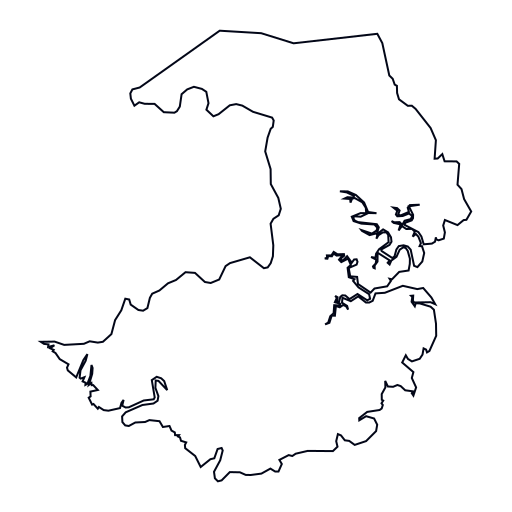 Alianza, Valle, Honduras
{"feature_id": "27666195B71822643652972", "entity_name": "Alianza", "entity_type": "district", "adm_level": 2, "iso_a3": "HND", "parent_name": "Honduras", "parent_adm1": "Valle", "projection": "albers", "projection_center": [-87.707, 13.447], "detail": "fine", "context": "isolated", "style": "outline", "palette": "ink", "viewbox_px": 512, "rotation_deg": 0, "n_neighbors": 0, "source": "geoboundaries", "source_scale": "gbopen_adm2", "svg_char_len": 6061}
<svg xmlns="http://www.w3.org/2000/svg" viewBox="0 0 512 512"><path d="M456.6,161.4L444.6,161.3L442.3,154.1L437.7,158.5L434.6,158.7L435.9,140.2L430.6,128.0L415.6,108.9L411.8,105.7L407.8,105.8L399.0,99.3L397.1,93.0L396.9,85.8L394.7,84.6L392.7,78.8L389.3,75.5L382.3,43.1L377.3,33.8L293.6,43.3L261.2,33.2L219.7,30.7L139.7,87.5L132.4,89.4L130.3,93.4L130.9,98.7L134.4,105.7L139.2,102.3L144.7,103.8L154.6,103.9L163.8,112.2L174.4,112.7L176.9,111.2L179.8,106.6L181.6,94.2L187.2,89.4L193.9,86.8L201.9,88.9L206.3,91.8L208.5,103.2L206.4,109.7L213.4,116.3L218.6,114.2L229.8,105.3L236.2,104.1L242.3,105.6L253.0,111.8L272.1,117.6L273.7,120.5L272.8,126.9L270.7,128.8L267.6,137.6L265.2,151.4L270.6,169.1L270.8,184.1L278.3,197.9L280.8,208.8L278.7,215.3L273.4,218.8L270.6,223.7L273.3,245.3L272.9,256.3L270.7,263.2L267.7,267.4L263.9,268.2L249.9,257.3L230.0,263.1L225.6,266.1L219.2,279.5L210.7,283.0L204.9,282.0L195.0,272.9L185.5,272.2L176.0,280.0L168.0,283.3L159.4,290.5L152.2,293.7L149.9,297.8L147.4,308.1L143.1,310.7L138.4,310.0L130.7,304.6L129.2,299.5L125.3,298.7L121.3,310.3L115.1,320.1L111.4,334.1L102.9,341.8L97.8,342.6L89.7,341.3L83.9,343.8L64.2,344.9L54.6,341.6L40.8,341.8L44.0,343.9L48.5,344.4L48.1,347.0L54.4,345.3L50.1,348.3L53.7,349.9L52.7,351.3L55.5,353.0L59.7,359.1L68.5,364.3L67.0,367.7L67.8,370.4L76.2,377.4L83.4,360.0L87.4,354.1L85.7,360.7L80.5,370.3L79.6,377.7L80.7,378.6L84.4,377.2L82.6,381.4L85.6,382.7L85.4,384.9L87.4,383.8L90.4,376.0L91.5,365.0L92.6,368.0L92.2,373.8L88.9,384.9L91.4,383.0L91.7,385.2L93.2,385.1L97.8,390.0L90.4,391.6L90.6,396.4L88.7,397.7L92.1,404.6L93.5,404.0L97.8,408.7L98.9,407.0L103.7,410.1L108.4,410.7L120.0,408.1L121.5,402.8L123.6,399.9L122.2,405.7L125.6,407.5L128.8,407.3L143.7,400.5L153.7,399.3L154.7,397.4L151.8,380.1L156.7,376.8L161.2,378.3L164.2,381.1L167.2,390.1L158.5,380.9L155.7,380.5L155.4,387.9L158.4,396.1L157.6,400.7L153.5,403.5L142.4,405.0L125.7,412.3L122.1,416.4L122.4,422.1L125.2,425.4L128.8,426.0L135.3,422.5L145.1,422.0L149.4,420.1L159.5,421.2L162.9,427.0L169.5,426.0L171.5,430.6L174.8,432.4L175.1,435.1L179.0,435.1L178.0,436.5L180.0,437.4L181.0,440.8L186.2,442.4L184.9,444.9L185.2,448.2L195.2,456.0L200.7,467.0L210.4,459.2L214.3,458.3L217.6,449.0L221.6,448.0L222.7,450.5L220.2,460.3L214.0,471.8L214.9,478.3L217.9,481.3L221.6,480.4L229.8,472.1L239.9,472.3L245.7,474.9L250.7,475.0L261.4,473.6L270.4,468.6L275.1,471.5L278.5,471.5L281.8,464.0L279.4,459.9L288.7,455.1L292.3,456.0L295.7,453.7L307.7,450.9L332.9,451.1L337.5,446.7L336.2,441.2L337.9,434.1L341.0,435.4L344.8,440.3L349.2,440.9L354.7,444.9L366.1,441.1L376.1,431.1L377.2,424.7L374.1,418.5L366.1,416.2L359.3,420.3L359.2,418.1L367.2,411.9L379.6,410.0L381.7,408.5L382.8,405.0L381.5,403.3L383.2,400.6L381.8,399.8L381.7,394.1L385.4,387.4L385.2,380.9L387.9,386.5L393.1,386.8L397.4,385.0L400.7,386.1L405.2,390.3L413.4,391.4L411.8,393.2L413.4,395.6L416.1,387.4L411.8,378.0L413.4,372.1L402.2,362.5L405.8,355.3L407.9,358.9L411.9,361.4L419.7,358.8L422.5,354.6L423.6,348.4L426.1,349.6L427.0,352.4L429.4,351.0L436.2,335.8L436.0,323.7L433.9,309.7L430.6,306.7L419.7,303.4L415.7,303.3L414.8,306.3L411.6,301.8L412.3,297.0L411.1,295.8L413.2,295.6L412.9,300.7L414.2,302.5L430.5,302.2L435.2,304.2L431.4,297.5L423.2,288.0L417.3,289.1L402.8,285.8L384.8,292.8L375.5,293.4L372.7,300.8L369.3,302.5L365.9,302.5L358.2,296.4L350.8,301.2L342.5,297.8L342.0,302.7L347.1,305.9L348.1,309.6L346.1,306.3L343.1,305.0L339.8,307.3L335.9,306.0L334.9,315.7L331.7,315.6L329.4,322.8L325.1,324.4L328.2,322.6L330.3,316.2L333.6,313.3L334.2,305.2L340.2,305.5L340.2,303.7L334.9,302.2L336.8,297.9L335.2,295.9L337.6,297.3L336.9,302.3L339.1,301.6L340.3,296.9L342.3,295.3L345.3,295.5L349.5,299.1L357.5,294.0L367.2,300.3L370.1,298.8L369.1,294.2L358.5,287.4L353.1,280.9L354.5,279.2L348.8,277.2L347.6,267.8L350.8,264.9L348.1,258.6L341.3,262.1L339.0,259.7L342.8,255.1L336.6,255.6L333.6,253.6L331.9,256.3L328.2,256.1L327.4,258.7L324.8,258.5L327.1,257.7L326.9,255.4L331.4,255.4L333.7,251.9L337.5,254.3L343.9,254.1L344.2,255.7L341.1,258.3L340.7,260.4L343.3,260.1L347.1,256.2L351.8,262.7L354.1,259.5L356.6,259.3L357.5,261.8L356.6,264.6L348.7,268.0L350.2,276.3L357.1,276.9L358.0,284.0L370.6,292.6L374.5,288.5L387.2,286.3L390.9,280.9L389.6,278.8L392.0,279.3L399.2,271.9L408.6,270.5L409.8,263.9L409.9,258.7L407.7,250.8L405.7,248.0L403.3,247.3L399.7,249.7L396.5,256.8L391.3,260.6L389.6,264.5L387.7,262.8L389.7,260.4L377.6,252.7L377.5,261.6L374.6,265.6L374.7,268.3L373.5,267.8L373.0,266.4L375.7,263.5L376.3,259.7L371.1,257.0L375.4,257.8L376.1,253.7L379.1,249.2L388.6,242.2L388.2,235.0L386.5,232.4L382.8,232.4L378.5,235.2L376.4,238.7L377.3,235.4L376.3,233.4L369.6,235.1L362.0,230.9L361.3,230.0L371.9,233.6L376.6,230.5L377.3,227.7L374.4,224.5L361.3,223.6L353.6,221.1L351.8,216.7L360.6,213.1L366.2,213.2L365.8,207.8L362.3,202.3L354.8,198.1L352.1,198.6L350.5,202.6L350.2,199.0L344.4,198.6L347.4,197.2L353.4,197.6L354.0,195.9L346.7,192.4L339.9,191.3L347.8,191.4L355.9,195.0L364.1,202.5L368.1,212.0L376.5,213.2L368.4,213.0L360.7,216.7L354.3,216.3L353.2,218.0L354.8,220.6L358.0,222.1L376.8,224.2L378.8,227.3L377.4,231.8L378.2,233.2L383.1,229.4L388.0,232.3L391.0,237.3L391.5,241.7L389.5,244.9L381.1,249.6L381.6,251.0L392.3,258.0L394.5,256.4L396.4,249.5L398.8,246.1L403.6,245.3L407.8,246.5L410.7,249.7L414.1,265.8L417.4,267.1L422.3,261.5L424.2,253.0L422.0,246.2L419.6,246.1L420.9,243.1L418.4,236.7L415.9,234.0L412.7,236.6L414.8,231.7L412.0,228.9L406.3,229.0L401.9,226.1L398.6,230.5L400.6,224.4L393.7,222.9L391.6,221.1L394.3,222.3L399.6,222.1L402.3,224.8L404.6,220.7L410.7,219.1L412.3,216.0L409.0,213.5L402.7,216.0L397.3,216.3L395.9,214.5L397.3,210.7L393.4,207.6L397.1,208.1L399.6,210.5L398.2,214.7L400.7,215.4L408.9,211.9L407.7,207.7L409.8,205.1L419.7,204.7L408.9,206.3L413.1,214.8L413.0,218.2L411.7,220.4L405.2,222.8L404.6,224.9L418.4,232.1L421.4,236.5L423.7,244.3L431.9,243.6L435.0,241.7L435.9,237.3L436.3,239.4L438.6,240.3L443.8,238.6L444.9,232.4L443.2,225.5L444.9,220.0L457.5,225.1L463.6,220.1L466.4,219.8L471.2,211.5L464.1,199.1L461.5,189.1L457.5,184.7L459.2,163.9L456.6,161.4Z" fill="none" stroke="#020617" stroke-width="2"/></svg>